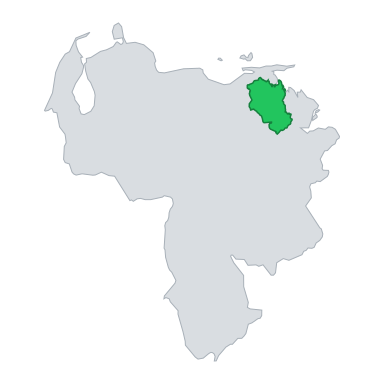 Venezuela, with Monagas highlighted
{"feature_id": "VEN-46", "entity_name": "Monagas", "entity_type": "State", "adm_level": 1, "iso_a3": "VEN", "parent_name": "Venezuela", "parent_adm1": "", "projection": "equal_earth", "projection_center": [-62.996, 9.35], "detail": "fine", "context": "in_parent", "style": "filled", "palette": "green", "viewbox_px": 384, "rotation_deg": 0, "n_neighbors": 0, "source": "natural_earth", "source_scale": "10m", "svg_char_len": 8309}
<svg xmlns="http://www.w3.org/2000/svg" viewBox="0 0 384 384"><path d="M335.4,129.3L339.5,136.4L339.1,138.1L336.6,139.8L335.1,143.8L331.9,145.6L327.5,150.5L324.6,150.9L320.2,159.1L322.6,165.4L322.1,168.6L323.2,170.2L328.4,170.4L328.9,172.1L328.2,174.7L327.3,176.4L320.2,181.6L316.8,181.1L315.4,182.7L310.9,183.8L309.6,186.9L310.8,191.1L311.3,197.9L305.6,206.0L319.8,227.8L321.3,228.9L322.8,233.9L322.3,236.9L319.8,240.4L316.2,242.9L314.1,247.4L311.9,248.3L308.0,248.0L306.1,250.4L303.7,251.3L302.0,254.7L288.9,260.3L283.3,258.6L276.7,262.7L275.5,272.8L273.5,275.2L271.1,275.2L263.0,264.8L258.8,266.3L256.1,264.9L248.0,265.3L244.3,259.5L235.9,259.1L232.7,255.1L231.2,255.1L230.6,256.3L233.8,262.8L243.6,275.4L243.7,286.7L248.3,302.4L247.4,307.4L250.1,308.9L261.8,310.1L261.7,315.6L260.2,318.2L257.9,318.7L251.9,322.9L248.3,324.2L245.9,333.5L244.0,336.1L241.8,338.3L237.8,338.4L232.4,344.3L230.5,344.2L225.9,347.1L218.6,355.6L216.2,360.9L214.3,361.0L215.1,356.4L214.1,353.9L212.4,352.6L210.8,352.4L208.7,353.6L203.3,358.1L198.0,359.1L195.2,357.0L185.4,345.2L185.2,341.2L183.0,331.7L178.0,314.1L178.1,310.7L170.3,301.8L169.2,298.8L165.9,297.6L163.9,298.8L164.4,295.9L175.0,283.2L175.9,280.4L171.8,272.3L169.6,270.0L168.3,267.2L165.6,257.3L165.0,249.8L164.1,248.2L165.3,229.8L164.8,225.7L165.6,222.6L167.7,220.5L168.8,217.2L169.1,212.8L170.3,209.2L172.5,206.3L173.3,203.5L172.4,198.9L170.5,197.1L164.2,195.7L162.4,197.1L150.8,199.6L145.0,199.6L140.6,198.4L137.2,198.8L133.3,201.3L131.4,199.9L129.9,200.6L114.6,176.2L109.0,175.6L101.4,172.2L95.3,175.0L92.8,175.2L82.1,173.8L76.1,175.1L73.6,173.9L72.0,172.0L69.3,163.9L65.2,162.6L63.6,159.4L64.3,146.4L66.2,142.8L65.5,137.0L65.0,134.2L59.6,127.0L56.9,112.8L53.4,112.1L52.3,109.0L51.2,108.4L48.3,110.4L45.2,111.1L44.5,110.4L52.5,92.9L55.7,72.3L59.8,62.3L65.2,54.1L69.5,51.7L75.9,38.0L89.9,32.3L86.1,36.4L77.9,39.1L75.9,40.8L76.1,45.3L78.5,51.9L82.6,57.1L80.7,57.6L81.5,62.3L83.5,65.5L83.5,67.5L81.9,73.7L75.5,83.6L72.0,92.1L74.6,97.2L74.9,99.8L79.5,106.2L79.1,108.7L81.1,113.9L84.3,114.6L90.8,111.3L94.2,105.8L95.1,95.3L94.4,91.6L90.6,82.5L87.9,79.0L85.7,71.1L84.6,63.9L86.5,62.3L86.3,58.5L90.8,57.5L100.5,51.4L106.5,49.8L113.3,46.5L116.3,42.3L117.3,41.9L120.9,44.5L122.6,43.6L123.3,41.6L122.4,37.8L114.2,39.2L112.3,31.6L114.2,25.4L118.5,23.0L121.6,26.6L123.6,37.7L126.4,43.4L135.1,42.3L143.8,44.8L153.1,52.7L155.8,61.0L154.6,63.0L155.2,66.5L156.6,70.1L158.6,72.3L164.4,72.9L183.6,68.8L199.8,68.2L202.8,69.9L203.2,72.9L208.3,79.2L224.0,84.7L230.1,83.9L244.5,73.3L252.2,73.6L254.5,72.0L251.6,70.4L245.2,69.8L243.2,70.8L242.1,68.1L251.4,67.3L259.6,67.9L266.2,66.0L271.5,66.0L276.8,64.8L286.8,66.2L294.7,65.0L293.8,66.8L287.0,68.2L283.9,70.7L277.0,70.2L272.3,71.2L273.8,71.9L273.8,74.5L275.1,75.0L277.2,78.2L277.7,80.9L276.0,85.1L278.0,84.7L279.1,83.3L279.1,80.4L280.2,80.9L285.2,93.1L287.3,90.2L288.8,91.9L288.8,87.3L290.5,87.5L294.1,90.5L297.9,97.5L297.2,92.2L300.3,92.1L301.1,89.8L307.2,97.5L313.6,99.7L318.5,105.5L317.4,108.3L314.6,109.7L313.4,111.5L311.3,120.6L308.6,127.8L300.5,127.9L307.4,133.4L309.8,131.1L313.2,130.9L318.3,128.0L325.3,129.3L328.4,126.9L332.1,127.3L335.4,129.3ZM251.9,53.6L252.6,57.4L250.4,60.7L247.4,60.8L245.1,58.7L243.9,59.2L239.9,58.0L241.1,55.9L244.0,54.9L246.2,57.3L248.0,57.4L248.5,55.5L251.0,52.6L251.9,53.6ZM317.0,117.5L312.7,120.5L312.5,117.6L315.8,114.0L317.2,116.2L317.0,117.5ZM222.3,60.2L221.1,60.8L217.9,59.3L218.6,58.2L220.3,58.2L222.3,60.2ZM317.8,112.0L315.2,113.0L316.0,110.8L318.7,109.6L319.7,110.1L317.8,112.0Z" fill="#d9dde1" stroke="#a8b0b8" stroke-width="1"/><path d="M270.1,83.9L270.2,84.0L270.5,84.4L270.8,84.7L271.0,84.3L271.2,84.1L271.4,84.1L271.5,84.4L271.6,85.9L271.8,86.5L272.1,86.5L271.8,86.1L271.9,85.7L272.0,85.4L271.9,85.0L271.9,84.8L271.9,84.5L272.1,84.3L272.3,84.5L272.2,84.9L272.3,85.2L272.6,85.4L272.9,85.3L273.2,85.1L273.6,85.1L273.8,85.3L274.1,85.6L274.3,85.8L274.8,85.9L274.5,86.6L274.7,86.8L275.0,86.7L275.2,86.2L275.0,85.2L275.0,84.7L275.5,84.5L276.0,85.1L276.3,85.3L276.5,85.3L277.7,84.9L278.2,84.6L278.7,84.0L278.9,83.5L278.9,82.8L278.6,81.6L278.5,81.0L278.6,80.2L279.0,80.0L279.5,80.2L280.0,80.5L280.9,81.3L281.4,82.3L281.9,84.7L282.1,85.2L282.3,85.6L282.5,86.1L282.5,86.7L282.8,87.3L282.9,87.7L282.8,88.1L282.5,88.7L282.9,88.7L283.2,89.0L283.5,89.3L283.9,90.1L285.1,93.0L285.2,93.5L285.2,94.0L285.1,94.4L285.0,94.9L285.1,95.0L285.1,95.5L284.8,95.9L284.4,96.3L284.2,96.8L284.0,97.7L283.9,98.0L283.0,99.2L282.6,100.2L282.4,100.6L282.5,101.1L282.8,101.5L283.2,101.7L283.5,101.9L283.6,102.6L283.6,103.2L283.7,103.8L284.0,104.3L285.0,105.2L285.2,105.6L285.2,105.9L285.2,106.6L285.2,108.0L285.3,108.3L285.3,108.8L285.4,109.0L285.5,109.2L285.5,109.4L285.5,109.9L285.5,110.3L285.5,110.5L285.4,110.7L285.3,111.1L285.2,111.5L285.2,111.9L285.2,112.0L285.4,112.1L286.3,112.1L286.4,112.3L286.5,112.4L286.6,112.7L286.6,112.8L286.8,113.0L287.1,113.2L287.2,113.3L287.4,113.8L287.5,113.9L287.7,114.0L287.8,114.0L287.9,113.9L288.2,113.7L288.6,113.3L288.9,113.2L289.0,113.2L289.0,113.3L289.2,114.1L289.3,114.3L289.5,114.4L289.9,114.1L290.1,114.0L290.2,113.9L290.6,114.1L291.0,114.2L291.0,114.4L291.0,114.7L290.8,115.3L290.4,116.4L290.3,117.0L290.3,117.7L290.6,118.3L290.8,118.6L291.0,118.8L291.7,119.0L292.0,119.1L292.0,119.4L292.0,119.6L292.1,119.8L292.0,120.0L291.9,120.3L290.9,121.7L290.8,121.9L290.7,122.2L290.7,123.4L290.5,123.8L290.3,124.1L289.5,124.6L288.9,124.8L288.2,125.4L288.1,125.5L287.6,126.3L287.2,127.3L287.0,127.8L286.6,128.0L285.4,128.0L285.1,128.1L284.9,128.3L284.7,128.5L284.6,128.8L284.4,129.1L284.2,129.4L283.9,129.6L282.7,130.3L282.4,130.4L282.1,130.4L281.3,130.1L280.9,130.2L280.7,130.3L280.6,130.7L280.4,130.8L280.1,131.0L279.9,131.2L279.2,132.2L279.1,132.3L277.4,134.0L277.2,134.1L277.0,133.7L276.8,133.4L276.0,132.9L275.9,132.7L275.8,132.3L275.8,132.2L275.9,131.9L276.0,131.8L276.0,131.6L270.6,129.2L270.3,128.9L269.9,128.5L269.5,127.9L269.3,127.4L269.2,126.8L269.1,124.7L269.7,123.7L269.7,123.4L269.8,123.2L270.0,122.9L270.3,122.9L270.7,123.1L270.8,123.2L271.0,123.2L271.3,123.0L271.3,122.9L271.5,122.7L271.5,122.1L270.9,122.1L264.5,122.7L264.1,122.6L263.8,122.6L263.7,122.5L263.6,122.3L263.5,122.2L263.3,122.0L263.1,121.9L263.0,121.7L262.3,118.4L261.6,116.3L261.3,115.8L261.2,115.7L260.9,115.6L260.6,115.4L260.0,115.1L259.7,114.8L259.6,114.5L259.4,114.2L258.3,113.1L257.8,112.8L257.6,112.7L257.4,112.6L257.0,111.8L256.8,111.5L256.7,111.3L256.6,111.1L256.3,111.0L256.2,111.0L255.9,110.9L255.5,110.7L253.8,109.2L253.6,109.1L253.4,109.1L253.0,109.4L252.9,109.5L252.6,109.5L252.4,109.3L252.2,109.3L251.9,109.4L251.8,109.5L251.1,110.0L250.9,110.1L250.7,110.1L250.6,109.9L250.4,108.7L250.3,108.3L249.5,107.2L249.3,106.8L249.2,106.5L249.3,105.1L249.3,104.0L249.3,103.8L251.7,100.4L251.8,100.3L251.8,100.2L251.9,99.9L249.8,95.5L249.6,94.9L249.7,94.7L249.6,94.3L249.6,94.1L249.4,93.9L249.4,93.7L249.4,93.3L249.4,93.2L249.5,93.1L249.7,92.6L249.8,92.4L249.8,92.2L249.8,91.6L249.8,91.4L250.0,91.2L250.3,91.0L250.3,90.7L250.2,90.4L249.8,89.8L249.7,89.7L249.1,89.4L248.8,89.2L248.8,88.9L248.9,88.7L248.7,88.5L248.0,88.6L247.9,88.6L247.7,88.5L247.4,88.1L247.3,87.9L247.3,87.6L247.3,85.4L247.4,85.2L247.5,85.1L247.7,84.9L247.8,84.9L248.3,84.8L248.5,84.8L248.9,84.9L249.0,84.9L249.6,84.5L249.7,84.3L250.0,84.2L252.4,83.3L252.9,83.0L253.7,81.5L254.0,81.2L254.3,80.8L254.5,80.7L255.1,80.6L256.1,80.4L256.8,80.4L257.4,80.3L257.9,80.1L258.3,80.0L258.5,79.9L258.5,79.7L258.5,79.2L258.6,78.8L258.7,78.6L258.8,78.5L259.0,78.3L259.5,77.8L260.0,77.6L260.3,77.5L260.5,77.6L260.7,78.0L260.8,78.1L261.0,78.3L261.5,78.4L261.6,78.5L261.6,78.8L261.6,79.1L261.8,79.3L262.0,79.5L262.3,79.6L262.9,79.7L263.1,79.7L263.2,79.9L263.2,80.2L263.3,80.3L264.5,80.5L264.8,80.9L264.9,81.0L265.1,81.0L265.4,81.0L265.6,81.0L265.8,81.4L266.0,81.7L266.2,81.8L266.3,81.8L266.5,81.7L266.8,81.3L267.1,81.0L267.9,80.3L267.8,80.7L267.9,80.8L267.9,81.0L268.0,81.1L268.1,81.3L268.3,81.4L268.6,81.2L268.9,81.1L269.0,81.2L269.1,81.4L269.2,81.9L269.2,82.1L269.3,82.6L269.4,83.2L269.5,83.4L269.6,83.5L270.0,83.8L270.1,83.9ZM284.9,89.1L285.1,89.4L285.3,90.1L285.2,90.8L285.0,91.3L284.8,91.2L284.5,90.5L284.5,89.7L284.5,89.3L284.7,88.9L284.8,89.0L284.9,89.1ZM283.4,86.5L283.5,86.6L283.6,86.9L283.5,87.4L283.2,87.5L283.0,87.2L282.8,86.7L282.7,85.8L282.6,85.4L282.8,85.3L283.1,85.7L283.4,86.5Z" fill="#22c55e" stroke="#15803d" stroke-width="1.5"/></svg>